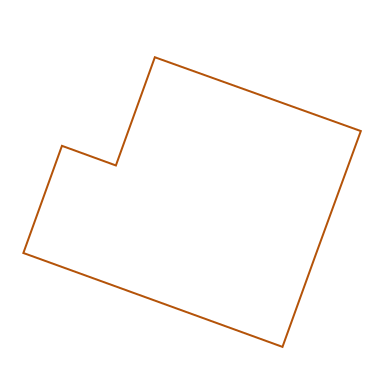 Turner, South Dakota, United States of America, rotated 110°
{"feature_id": "52423323B55012152338707", "entity_name": "Turner", "entity_type": "district", "adm_level": 2, "iso_a3": "USA", "parent_name": "United States of America", "parent_adm1": "South Dakota", "projection": "mercator", "projection_center": [-97.158, 43.292], "detail": "fine", "context": "isolated", "style": "outline", "palette": "amber", "viewbox_px": 384, "rotation_deg": 110, "n_neighbors": 0, "source": "geoboundaries", "source_scale": "gbopen_adm2", "svg_char_len": 267}
<svg xmlns="http://www.w3.org/2000/svg" viewBox="0 0 384 384"><g transform="rotate(110 192 192)"><path d="M77.0,54.2L78.1,273.0L193.1,272.6L193.1,330.0L307.0,329.6L306.8,214.5L306.6,54.0L208.1,54.3L77.0,54.2Z" fill="none" stroke="#b45309" stroke-width="2"/></g></svg>